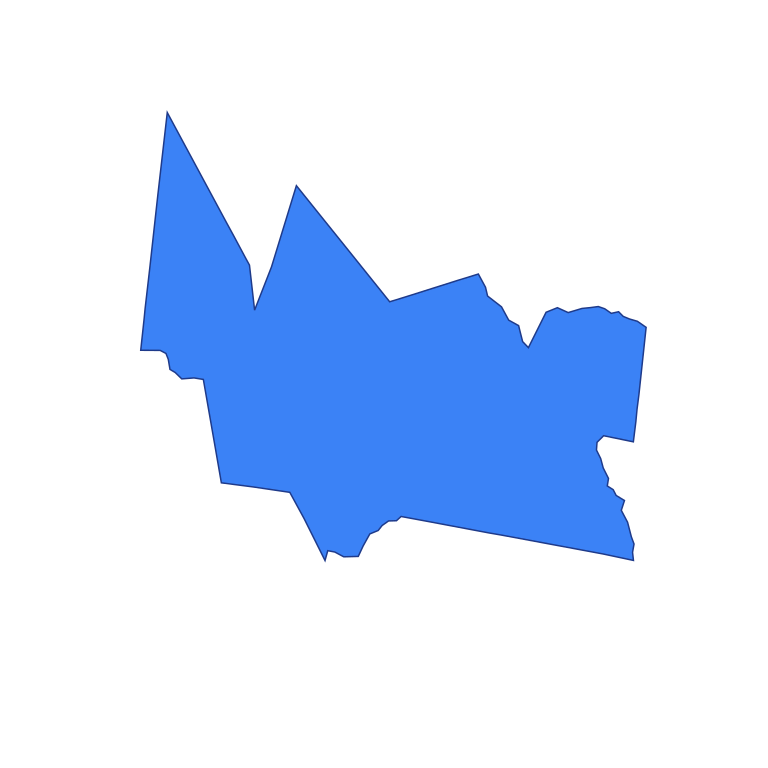 Palmares, Pernambuco, Brazil, rotated 109°
{"feature_id": "56859067B81713623285946", "entity_name": "Palmares", "entity_type": "district", "adm_level": 2, "iso_a3": "BRA", "parent_name": "Brazil", "parent_adm1": "Pernambuco", "projection": "orthographic", "projection_center": [-35.631, -8.659], "detail": "fine", "context": "isolated", "style": "filled", "palette": "blue", "viewbox_px": 768, "rotation_deg": 109, "n_neighbors": 0, "source": "geoboundaries", "source_scale": "gbopen_adm2", "svg_char_len": 1248}
<svg xmlns="http://www.w3.org/2000/svg" viewBox="0 0 768 768"><g transform="rotate(109 384 384)"><path d="M570.1,382.3L559.9,382.9L558.9,375.8L560.5,365.8L555.4,352.2L544.0,351.0L530.4,348.6L524.4,341.8L518.4,339.7L512.0,335.1L509.2,327.7L503.7,324.7L499.5,296.6L490.6,236.0L488.6,223.7L473.4,121.6L469.6,90.7L462.2,94.2L453.9,95.5L447.9,100.4L435.4,108.7L426.2,118.5L415.9,118.7L413.8,128.2L409.3,132.9L407.7,139.7L400.2,141.0L392.0,149.4L384.0,154.8L377.3,161.6L369.8,163.6L361.4,159.5L357.5,129.4L337.6,133.6L325.6,136.5L311.1,139.5L245.1,154.6L242.2,164.9L242.6,173.0L242.2,179.8L239.3,185.7L243.2,192.1L241.0,199.8L241.0,206.6L244.7,214.0L248.1,221.4L256.5,233.1L255.4,244.9L263.4,254.1L302.6,259.3L298.8,266.7L291.5,271.5L285.0,275.7L283.0,286.9L272.8,298.0L267.1,314.7L259.5,319.5L249.3,330.6L262.0,348.0L295.0,392.5L304.4,405.4L272.6,455.8L244.1,501.1L225.0,531.4L309.9,528.5L356.3,530.4L315.4,549.9L310.3,555.5L292.6,574.6L282.2,586.0L197.9,677.3L279.7,659.2L350.2,643.3L390.6,634.4L400.2,632.1L431.3,625.0L425.1,606.6L426.1,600.1L430.9,596.0L439.9,591.1L441.1,585.2L445.0,576.9L440.1,565.6L438.5,556.3L495.9,524.6L530.4,505.6L524.0,474.6L517.1,437.8L537.2,415.8L570.1,382.3Z" fill="#3b82f6" stroke="#1e3a8a" stroke-width="1.5"/></g></svg>